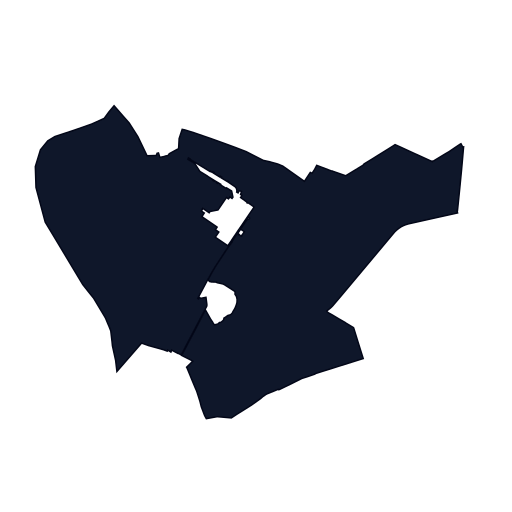 outline of Chiscani, Braila, Romania, rotated 176°
{"feature_id": "2599482B97827477335554", "entity_name": "Chiscani", "entity_type": "district", "adm_level": 2, "iso_a3": "ROU", "parent_name": "Romania", "parent_adm1": "Braila", "projection": "orthographic", "projection_center": [27.902, 45.204], "detail": "fine", "context": "isolated", "style": "filled", "palette": "ink", "viewbox_px": 512, "rotation_deg": 176, "n_neighbors": 0, "source": "geoboundaries", "source_scale": "gbopen_adm2", "svg_char_len": 5192}
<svg xmlns="http://www.w3.org/2000/svg" viewBox="0 0 512 512"><g transform="rotate(176 256 256)"><path d="M387.1,415.8L392.6,410.1L397.8,403.9L410.7,399.1L429.0,394.1L448.3,389.2L452.0,387.3L455.7,385.4L463.6,377.0L469.9,360.6L470.7,339.7L463.9,304.5L455.7,288.5L435.4,248.6L430.8,239.6L425.9,232.4L420.9,225.2L411.2,206.1L410.4,204.4L408.5,198.7L407.7,196.5L406.1,191.4L405.6,180.5L405.5,176.5L403.3,161.5L403.2,159.1L402.8,150.5L399.9,153.4L382.5,170.8L376.2,177.1L371.4,175.0L368.9,173.9L368.8,174.1L367.1,173.3L366.5,173.1L359.1,170.5L354.7,168.9L351.2,167.3L350.7,168.3L349.5,167.5L347.6,166.1L346.7,168.0L340.9,164.4L340.8,164.6L337.5,162.6L317.6,194.8L310.5,206.4L308.7,209.2L308.4,210.4L308.4,211.5L308.5,213.4L308.7,216.9L308.8,218.3L314.2,217.6L315.3,218.7L315.6,218.5L316.4,217.2L317.1,217.7L305.8,235.8L299.5,245.3L297.0,248.8L282.6,267.7L278.4,273.2L276.3,276.1L273.0,280.3L270.9,282.9L271.5,283.4L275.2,278.6L276.5,277.0L279.5,273.1L280.1,272.2L280.5,271.8L283.4,268.2L295.3,277.6L291.4,282.5L294.7,285.1L292.8,287.4L292.8,287.6L307.2,299.0L304.6,302.5L307.3,304.6L306.2,306.3L306.4,306.6L305.8,307.3L299.7,302.4L298.8,303.6L290.7,304.6L281.4,316.4L279.5,314.9L277.9,316.7L275.9,315.1L274.9,316.3L275.8,322.6L280.6,326.0L281.0,325.5L286.6,329.5L286.2,330.0L288.7,331.8L289.2,331.1L290.4,331.9L289.9,332.6L292.2,334.2L292.7,333.5L293.8,334.4L293.3,335.0L299.3,339.3L299.2,339.4L306.1,344.3L310.7,352.6L317.3,357.2L316.8,358.2L316.6,358.6L316.0,358.2L315.2,357.7L315.5,357.4L309.2,352.9L296.0,343.5L295.8,343.9L293.7,342.4L293.1,343.1L291.9,342.3L292.4,341.5L286.7,337.4L286.1,338.2L284.8,337.3L285.4,336.5L279.3,332.2L278.9,332.7L277.9,332.0L278.2,331.4L272.0,326.5L271.2,325.4L270.8,324.6L270.7,324.0L270.6,323.3L270.5,322.6L270.6,322.0L270.7,321.3L270.8,321.1L269.5,320.2L268.2,322.3L265.9,321.4L267.1,318.4L265.8,317.5L266.1,316.9L267.3,315.4L261.3,310.4L261.3,309.7L261.1,309.5L260.9,309.7L260.6,309.6L260.2,309.7L254.8,305.3L254.7,304.7L256.6,302.2L258.6,299.7L265.3,291.2L267.7,288.1L270.5,284.6L269.9,284.1L266.8,288.0L264.3,291.0L262.8,292.9L260.8,295.6L260.4,295.0L260.1,294.9L260.0,294.7L259.8,294.5L259.8,294.2L259.8,293.9L260.0,293.6L260.2,293.4L260.7,293.2L261.3,293.1L262.0,293.0L262.4,292.9L262.8,292.5L265.7,288.7L268.6,285.1L269.6,283.9L265.9,281.1L268.1,278.3L268.4,277.9L268.6,277.4L268.7,277.2L269.0,277.4L269.3,277.0L269.4,276.8L269.9,277.1L271.0,277.8L271.4,278.1L271.1,278.5L271.3,278.6L271.4,278.8L271.7,279.1L271.9,279.3L272.1,279.6L272.3,279.3L272.7,279.7L271.7,281.0L271.2,281.7L270.8,282.1L270.4,282.6L270.7,282.8L275.2,277.1L277.0,274.7L278.4,272.9L278.6,272.3L278.8,271.8L279.1,271.3L280.2,269.9L281.0,269.1L281.6,268.6L282.5,267.5L296.8,248.8L299.4,245.1L305.6,235.6L304.6,234.6L304.5,234.4L304.4,234.0L304.3,233.9L303.8,233.8L303.8,233.7L302.2,233.2L297.2,232.7L297.2,232.4L296.4,232.0L292.9,231.0L290.7,230.3L289.6,229.6L289.4,229.5L287.8,228.3L284.0,225.5L279.4,222.0L279.6,219.2L278.7,217.7L278.3,216.7L277.9,214.2L278.0,212.9L278.2,211.2L278.4,210.4L279.2,208.3L280.3,206.0L281.2,204.5L282.2,203.1L282.9,202.1L283.5,200.9L285.0,199.5L287.4,198.6L287.5,198.8L288.1,198.7L289.8,197.7L289.7,197.5L292.2,196.4L292.9,194.3L295.5,192.3L297.1,192.2L298.8,190.8L301.3,190.4L302.3,190.2L303.5,192.1L303.8,192.9L305.7,196.2L310.2,205.7L320.5,188.8L337.1,162.0L329.3,157.4L326.4,155.5L333.0,149.9L332.5,148.8L329.9,141.0L328.8,137.6L325.9,129.0L324.9,126.2L324.7,125.6L324.4,124.5L323.7,121.7L322.9,118.4L322.0,114.6L321.1,109.5L318.6,101.1L318.1,99.8L316.9,97.2L307.1,98.3L305.9,98.4L300.6,97.6L298.2,97.2L291.9,96.2L285.7,99.7L279.1,103.2L270.9,107.6L261.4,113.4L259.1,115.2L256.8,116.5L256.4,116.9L254.6,117.7L251.8,118.6L250.4,119.1L249.3,119.4L243.2,121.5L242.7,121.0L241.9,121.2L228.0,126.8L220.4,130.0L218.6,130.7L212.8,132.1L205.4,134.1L205.1,134.5L197.7,136.3L189.2,138.3L182.7,139.9L168.0,143.4L156.7,146.1L156.2,146.2L158.4,155.4L160.6,164.7L163.6,177.5L163.8,177.8L171.5,183.2L171.6,183.4L178.0,187.7L184.3,192.1L187.4,194.1L188.7,195.1L189.3,196.2L185.9,198.5L184.6,199.5L183.0,200.9L174.4,209.7L139.5,245.9L118.3,267.9L115.9,270.4L113.8,272.1L111.6,273.6L109.0,275.1L106.8,276.0L104.7,276.7L101.7,277.4L72.6,281.8L55.8,284.3L51.9,284.9L52.0,285.4L52.1,286.8L52.2,287.4L51.8,287.5L50.8,293.2L47.9,310.0L44.9,327.8L43.5,336.5L41.3,350.4L42.2,350.3L43.7,353.7L44.6,353.3L49.7,350.4L56.2,346.6L59.7,344.9L73.5,337.8L73.8,338.4L74.2,338.2L88.5,346.0L89.7,346.6L103.9,354.4L109.5,357.4L110.9,356.6L116.3,353.7L118.0,352.8L125.0,349.1L127.5,347.8L132.9,344.9L141.8,340.3L142.9,339.1L160.9,329.8L173.5,335.2L173.9,335.4L174.0,335.2L189.1,342.2L191.6,338.1L194.3,334.6L196.0,335.6L202.5,327.1L223.1,343.9L224.0,344.3L227.1,345.9L228.8,346.6L234.0,348.4L235.8,349.1L242.1,350.9L252.9,357.4L258.5,360.8L269.4,365.9L280.1,370.7L292.8,376.3L309.3,383.3L318.3,386.8L318.7,386.9L320.8,387.5L324.5,378.5L325.4,371.0L325.8,368.4L327.6,367.7L335.4,364.1L336.1,363.1L336.6,362.6L337.3,362.3L338.2,362.2L339.1,362.1L339.7,362.0L340.4,361.7L345.0,361.1L346.1,365.6L347.5,365.4L348.5,363.2L349.9,363.3L357.7,363.6L361.6,373.5L365.5,383.3L367.4,386.8L373.2,397.5L379.1,405.2L385.2,413.3L387.1,415.8Z" fill="#0f172a" stroke="#020617" stroke-width="1.5"/></g></svg>